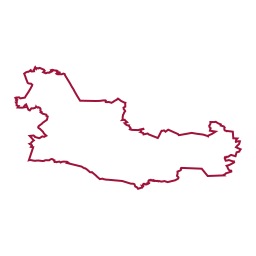 the district of Vītiņu pag., Auces, Latvia
{"feature_id": "27541924B21260207281398", "entity_name": "Vītiņu pag.", "entity_type": "district", "adm_level": 2, "iso_a3": "LVA", "parent_name": "Latvia", "parent_adm1": "Auces", "projection": "equal_earth", "projection_center": [22.857, 56.46], "detail": "fine", "context": "isolated", "style": "outline", "palette": "rose", "viewbox_px": 256, "rotation_deg": 0, "n_neighbors": 0, "source": "geoboundaries", "source_scale": "gbopen_adm2", "svg_char_len": 5593}
<svg xmlns="http://www.w3.org/2000/svg" viewBox="0 0 256 256"><path d="M35.2,67.2L34.8,67.9L34.9,68.5L34.3,69.1L33.7,69.9L33.9,70.5L34.1,70.8L34.1,71.2L33.5,71.2L33.5,71.3L31.7,71.5L31.3,71.2L31.0,71.2L30.6,71.1L31.1,70.8L30.7,70.1L28.5,71.8L27.3,71.8L25.9,72.4L24.2,73.6L24.8,75.3L25.3,76.4L25.9,78.3L27.7,82.9L28.5,83.4L30.5,83.7L31.0,83.7L32.3,84.8L31.9,86.0L31.7,86.3L30.2,89.1L28.5,91.9L25.9,95.8L24.9,97.6L20.3,98.4L19.2,97.4L18.9,97.4L17.3,97.5L16.2,97.5L15.4,97.9L17.1,99.7L16.1,100.2L16.8,101.0L16.8,102.1L15.9,102.4L16.6,103.6L16.6,105.4L18.4,106.1L18.6,106.1L17.7,107.5L22.0,107.7L25.0,107.2L24.2,106.2L25.0,105.2L26.1,104.4L28.4,109.7L29.8,110.4L31.4,108.3L33.3,108.4L33.8,108.2L35.0,107.9L35.8,107.2L36.0,106.7L36.1,106.9L37.8,107.6L38.2,107.2L39.8,107.8L40.6,109.1L40.3,110.5L40.5,111.0L41.5,111.9L40.8,112.4L42.7,113.7L46.3,114.7L46.3,115.0L46.6,115.5L46.5,116.0L47.7,116.5L47.0,119.6L46.8,119.9L42.7,122.8L41.8,123.8L38.8,126.0L38.4,126.5L38.2,127.4L38.5,128.0L40.0,128.9L42.9,131.7L44.1,133.7L46.3,135.7L44.2,136.8L42.3,136.4L40.1,137.8L39.3,138.2L35.0,137.0L34.8,136.5L33.6,135.5L29.7,135.9L33.8,140.4L33.1,140.8L31.4,142.5L30.7,143.6L29.7,143.9L30.4,144.4L31.9,145.2L32.0,145.4L32.0,145.5L31.0,146.9L33.2,147.2L28.9,160.2L29.5,160.0L31.6,160.2L33.3,160.6L35.2,160.8L36.4,160.6L37.5,160.6L38.4,160.5L39.8,160.7L42.3,161.0L44.1,160.9L44.5,160.5L45.9,160.2L49.2,160.3L50.4,159.4L51.8,159.0L53.0,159.4L53.4,159.9L54.3,160.3L54.0,160.7L54.4,161.2L54.6,162.0L56.0,161.9L56.6,162.2L57.3,161.9L59.4,161.6L59.5,161.6L60.6,162.5L61.7,161.9L62.5,161.7L63.9,161.6L67.1,161.8L68.2,162.6L67.4,163.1L81.7,166.6L83.3,167.7L84.5,168.3L85.4,168.4L87.2,169.7L89.9,172.1L91.3,172.4L91.9,172.1L93.9,173.8L96.4,175.9L96.5,176.2L99.9,179.1L102.3,178.7L102.6,178.7L104.0,179.3L104.7,179.3L106.4,179.7L107.8,179.7L122.3,181.0L130.6,183.6L133.6,183.8L134.5,184.3L134.7,184.9L135.2,186.5L135.5,186.7L136.6,187.0L138.1,188.8L138.9,188.4L139.4,188.4L139.8,188.3L139.9,188.1L140.5,188.0L141.9,187.6L142.2,187.6L142.4,187.3L142.4,187.0L142.7,186.7L142.4,186.6L141.9,185.8L142.6,185.9L142.7,186.3L142.8,186.4L143.1,186.1L143.2,185.8L143.0,185.7L142.8,185.3L143.1,184.9L143.2,184.7L143.1,184.4L143.3,184.0L143.5,183.8L143.8,183.8L144.4,183.8L144.9,184.0L145.1,184.2L145.0,184.3L145.3,184.4L145.5,184.2L146.0,184.4L146.4,184.4L146.9,184.3L147.0,184.1L147.1,183.8L148.0,183.8L148.1,183.5L148.4,183.4L148.0,183.1L148.4,183.0L148.7,182.8L148.4,182.6L148.3,182.4L148.4,181.9L148.4,181.0L149.0,180.6L149.0,180.4L149.2,180.1L149.5,180.2L150.0,180.4L150.2,180.5L150.4,180.4L150.4,180.0L150.6,179.8L150.9,179.8L151.1,179.9L151.7,180.5L152.1,180.6L152.4,180.5L152.8,180.1L153.1,180.1L153.0,180.3L153.0,180.8L153.5,180.9L153.5,180.7L154.5,181.0L155.7,180.8L156.0,181.0L156.6,181.0L157.0,180.9L157.4,180.9L157.5,181.0L158.3,181.4L158.6,181.3L158.7,181.1L159.0,181.0L159.3,181.1L161.3,181.6L164.5,181.1L167.6,182.1L175.1,180.3L177.9,178.8L178.2,178.5L178.5,177.5L178.5,177.4L178.1,176.9L177.1,176.1L177.0,175.9L177.1,175.2L177.3,174.9L177.6,173.5L177.5,171.6L180.1,170.5L180.7,170.2L181.2,168.9L180.9,168.6L180.8,168.4L180.9,168.2L181.4,167.9L201.7,168.7L207.7,176.0L223.7,175.4L223.3,175.1L225.3,174.1L225.8,173.4L231.3,171.6L231.3,171.4L231.2,170.7L230.5,170.6L229.6,170.5L229.1,170.0L228.5,169.3L227.9,168.3L227.3,166.7L227.1,166.5L226.6,165.8L229.7,164.8L232.0,163.6L234.1,162.4L233.9,161.4L233.0,161.4L229.0,160.1L228.5,160.1L227.2,160.5L225.7,160.7L224.7,158.2L224.9,157.3L226.3,157.4L226.4,156.8L228.0,156.8L231.0,154.9L235.5,156.2L236.6,152.3L239.3,151.6L239.6,150.7L240.6,149.3L238.3,148.3L236.0,147.2L236.6,146.4L239.1,144.0L239.9,141.3L238.9,141.2L237.4,141.4L235.9,141.9L235.8,141.7L236.3,139.5L236.5,139.4L237.3,138.5L233.3,138.3L232.8,131.7L227.5,131.0L226.7,131.2L226.2,130.8L225.1,130.6L224.4,129.8L224.3,128.4L224.7,127.5L223.7,126.4L220.6,125.5L220.8,124.4L218.3,123.4L215.7,121.8L213.8,122.1L210.4,122.0L210.5,123.6L209.7,125.0L209.8,125.0L209.3,126.7L210.3,128.2L210.6,128.3L209.9,130.7L215.6,131.6L212.2,133.8L208.5,135.5L208.1,136.3L207.9,136.1L203.2,134.6L196.4,133.7L191.7,132.9L178.8,135.2L178.7,135.1L178.2,134.2L175.9,133.1L174.9,132.7L171.4,131.1L168.2,129.7L165.5,131.7L164.0,130.4L162.3,130.9L162.0,130.9L161.6,130.8L161.2,131.4L160.1,133.6L159.0,135.9L157.8,138.0L148.9,134.5L147.7,133.5L143.5,134.4L143.2,133.1L140.8,132.2L141.3,132.0L140.3,129.9L143.4,129.1L143.3,128.8L139.3,129.7L138.4,130.1L132.4,129.9L131.5,129.8L130.2,129.4L129.9,129.3L130.6,128.2L130.2,127.5L129.6,126.9L128.7,125.6L128.8,125.4L127.2,125.3L125.6,124.3L124.8,123.4L125.4,123.4L125.5,122.7L127.1,122.2L126.6,121.7L126.3,121.5L125.0,120.4L124.7,119.8L122.2,120.0L122.8,119.3L122.6,117.9L123.0,115.0L123.6,114.0L124.2,112.4L125.2,111.2L124.9,110.5L123.8,109.2L123.5,107.7L125.3,106.6L125.2,103.8L125.4,102.8L124.4,102.6L121.0,100.9L118.2,98.7L117.6,98.7L117.3,99.4L114.5,100.9L113.6,101.6L111.5,102.8L108.9,102.0L108.2,102.0L107.6,102.1L106.2,102.1L105.7,102.0L105.6,101.3L105.8,100.6L105.5,100.4L103.5,100.4L99.7,100.9L95.7,101.0L80.1,100.7L76.6,95.0L74.6,91.5L73.9,90.1L72.9,88.3L72.4,87.7L69.7,82.9L65.1,75.4L64.6,74.0L63.8,73.8L63.4,73.6L61.6,74.3L59.9,74.2L59.1,74.3L57.3,74.2L56.5,73.7L57.7,72.9L58.8,73.1L58.9,72.9L59.9,72.8L60.5,72.7L57.0,71.8L56.9,71.7L57.3,70.9L56.7,70.6L54.4,70.4L52.4,69.8L51.7,70.0L52.8,70.7L52.1,71.3L51.6,70.9L51.1,71.0L51.2,71.3L51.0,71.7L50.8,71.6L50.2,72.1L49.9,72.1L49.8,72.5L48.9,72.8L48.4,72.6L47.2,72.7L45.9,73.3L43.2,72.2L44.7,70.8L43.9,69.7L39.7,67.9L38.6,68.2L38.5,68.4L38.3,68.5L36.9,68.1L36.5,68.4L36.2,68.9L35.2,67.2Z" fill="none" stroke="#9f1239" stroke-width="2"/></svg>